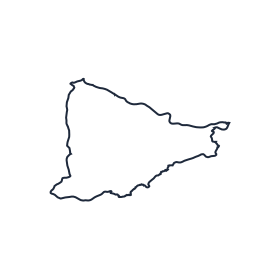 the district of Balangan, Kalimantan Selatan, Indonesia, rotated 68°
{"feature_id": "22746128B67876608948387", "entity_name": "Balangan", "entity_type": "district", "adm_level": 2, "iso_a3": "IDN", "parent_name": "Indonesia", "parent_adm1": "Kalimantan Selatan", "projection": "equal_earth", "projection_center": [115.786, -2.285], "detail": "fine", "context": "isolated", "style": "outline", "palette": "slate", "viewbox_px": 256, "rotation_deg": 68, "n_neighbors": 0, "source": "geoboundaries", "source_scale": "gbopen_adm2", "svg_char_len": 5746}
<svg xmlns="http://www.w3.org/2000/svg" viewBox="0 0 256 256"><g transform="rotate(68 128 128)"><path d="M188.9,161.6L189.6,159.5L189.7,158.3L189.8,158.1L190.0,157.6L190.1,157.4L190.0,156.6L190.1,156.2L189.8,155.8L189.7,155.6L189.8,154.9L189.9,154.6L189.7,154.4L189.6,154.2L190.0,153.6L190.1,153.0L190.3,152.9L190.3,152.6L190.3,152.1L191.0,151.4L190.9,151.1L191.1,150.5L190.4,150.1L190.0,150.2L189.6,150.1L189.3,149.8L189.0,149.9L188.4,149.5L188.2,149.3L187.8,148.2L187.8,147.8L187.4,147.2L187.1,146.6L187.1,146.0L186.8,145.5L186.7,145.3L186.9,144.9L186.8,144.4L186.6,144.1L186.2,143.7L186.2,143.4L185.7,143.2L185.7,142.3L185.2,141.4L185.1,140.9L185.0,140.6L185.0,140.4L185.0,140.2L185.1,139.9L185.1,139.4L185.2,138.9L185.1,138.5L185.4,138.1L185.3,137.6L185.3,137.3L185.3,136.7L185.7,136.6L185.8,136.4L185.9,136.1L185.9,135.9L186.0,135.4L186.3,135.2L186.7,135.2L186.9,135.1L186.7,134.9L186.8,134.8L187.5,134.0L188.3,133.6L189.2,133.3L189.7,133.1L190.3,132.3L190.5,131.5L190.4,130.8L190.0,130.1L189.4,130.0L188.0,130.3L187.4,130.0L186.9,129.6L186.1,128.5L185.5,126.7L185.0,125.2L184.4,123.1L183.3,121.1L183.0,120.4L182.8,119.4L183.0,118.5L183.3,117.7L183.1,116.9L183.0,116.7L182.9,116.2L183.0,115.4L182.9,114.9L182.6,114.8L182.2,114.9L181.6,113.7L181.2,113.6L181.4,113.1L181.3,112.7L181.1,112.3L181.1,112.0L181.5,111.0L181.4,110.3L181.2,109.8L181.3,109.8L181.4,109.7L181.1,109.2L181.1,108.7L182.0,108.5L182.0,108.4L181.6,107.9L181.7,107.1L181.6,106.9L181.5,106.7L181.4,106.8L181.0,106.8L180.7,106.6L180.3,106.4L180.1,106.4L179.3,105.5L178.9,104.8L178.5,104.7L178.1,104.8L178.0,104.7L178.1,104.1L178.2,103.4L178.7,102.3L178.9,101.5L179.3,100.9L179.4,100.6L179.1,100.3L178.7,99.8L178.6,99.6L178.4,99.4L178.3,99.1L177.8,98.7L177.6,98.1L177.6,97.4L177.6,96.4L177.8,95.6L179.1,93.6L179.6,92.2L179.7,91.4L179.7,90.1L179.5,88.0L179.6,86.3L179.8,83.5L180.1,80.6L180.2,78.8L180.1,76.9L180.1,75.1L180.2,73.6L180.1,71.7L179.9,70.2L180.1,69.1L180.5,68.0L181.5,67.3L183.2,66.7L183.8,66.4L184.8,65.2L185.2,64.1L185.3,61.4L186.1,58.7L186.3,57.8L186.2,57.1L185.9,56.2L185.2,55.9L183.8,56.2L183.3,56.1L182.7,55.7L182.1,55.0L180.6,53.1L180.1,52.6L179.4,52.4L179.3,51.8L179.5,51.4L179.3,51.1L179.1,50.8L178.9,50.8L178.6,50.4L178.3,50.5L177.7,51.1L177.1,51.4L176.0,51.5L175.6,51.6L175.3,51.9L174.2,52.0L173.9,52.0L173.7,51.7L173.6,51.9L173.6,52.2L173.6,52.4L173.7,52.6L173.1,53.2L172.7,53.8L172.3,54.5L171.4,54.8L170.0,54.3L168.7,54.1L166.9,54.4L166.3,53.9L165.8,52.9L165.5,52.0L165.0,50.8L164.5,50.3L164.0,50.0L163.7,50.2L163.3,50.3L163.0,50.8L162.7,50.9L162.5,51.2L162.3,51.3L162.2,51.3L162.0,51.0L161.7,50.4L161.4,49.2L161.4,48.8L161.3,48.6L161.1,48.4L161.0,48.2L161.0,47.8L160.8,47.5L160.4,47.2L160.2,47.4L160.2,46.8L160.4,45.9L160.8,45.0L162.7,43.3L164.5,41.5L165.4,39.7L165.6,38.7L165.6,37.8L165.5,37.0L165.1,36.4L164.7,35.8L162.7,33.8L161.7,33.1L161.7,32.7L161.2,32.2L161.0,32.6L160.8,32.8L160.6,33.5L160.8,33.9L160.9,34.2L160.8,34.4L160.9,35.0L160.1,35.0L159.8,35.1L159.7,35.4L159.4,35.5L159.1,36.0L159.1,36.3L158.9,36.9L158.4,37.5L158.1,38.0L157.4,39.9L157.2,40.8L157.1,41.6L157.2,43.9L156.9,46.1L156.8,46.7L155.7,49.2L155.6,50.2L155.6,51.6L155.8,53.0L155.9,54.1L155.9,55.3L155.8,56.7L155.6,57.9L154.8,60.2L153.7,62.6L152.8,64.4L150.9,67.2L148.4,70.5L147.4,72.2L145.9,76.1L145.2,77.1L144.7,77.6L143.5,78.6L142.9,79.2L142.4,80.1L142.0,81.1L141.3,83.4L140.7,85.0L140.4,85.6L139.8,86.3L139.0,86.8L138.4,87.0L137.4,87.1L136.5,86.8L133.0,84.4L132.2,84.1L131.6,84.0L131.0,84.2L130.6,84.4L129.9,84.9L129.4,85.3L129.0,86.2L128.8,87.9L128.6,89.6L128.4,91.6L128.2,92.6L127.9,93.4L127.5,94.2L126.8,94.9L126.1,95.4L116.9,100.3L113.9,102.5L113.1,102.9L112.1,103.8L111.2,104.9L110.4,106.2L110.1,107.0L109.9,107.6L109.1,111.2L108.2,113.7L107.7,114.6L107.2,115.4L106.0,116.9L105.2,117.5L104.9,117.8L103.6,118.9L101.8,119.7L100.7,119.7L100.0,119.9L99.4,120.3L98.8,120.8L98.4,121.4L96.9,123.7L95.4,125.2L91.9,127.6L91.7,127.7L91.8,127.8L91.7,127.8L90.1,129.0L88.7,130.0L84.7,133.1L83.3,134.6L81.8,136.6L80.4,139.1L79.4,140.4L77.9,142.2L75.9,144.0L75.3,144.4L74.9,144.5L74.6,145.3L73.9,146.3L73.2,147.5L72.5,148.0L72.2,148.7L71.3,149.7L70.2,150.5L69.4,150.9L68.3,151.1L67.4,151.2L65.9,150.7L65.7,151.0L65.7,151.5L66.3,153.0L66.3,154.4L65.8,157.6L65.9,160.5L65.5,161.9L65.0,162.4L64.9,163.2L65.1,164.3L65.4,164.5L65.5,164.7L66.7,164.0L67.1,163.8L67.9,163.2L68.8,162.6L69.4,162.7L70.3,162.6L70.9,163.1L71.4,164.1L71.8,164.4L72.5,166.3L72.7,167.3L75.1,170.5L77.9,172.1L81.2,175.0L84.9,176.9L85.2,176.9L88.2,177.5L88.7,177.7L90.2,178.7L95.2,181.5L97.9,182.2L100.3,183.2L101.1,183.4L104.0,183.3L104.1,183.2L106.1,183.4L108.2,183.5L112.3,185.0L114.3,185.9L118.4,189.3L119.9,190.2L121.6,191.1L124.7,189.8L128.1,190.5L129.4,191.0L130.6,190.6L130.6,191.2L131.0,192.7L132.1,195.1L133.6,196.4L134.9,197.0L140.1,198.3L144.5,198.6L148.6,199.4L149.8,199.4L150.6,199.3L151.1,199.6L151.3,200.5L151.3,201.8L151.0,203.9L150.3,205.6L150.0,206.8L150.0,207.5L150.8,208.3L151.9,209.0L152.8,209.8L153.2,211.3L153.6,213.5L153.6,215.2L154.3,217.9L155.0,218.4L156.4,219.9L157.0,221.2L157.2,222.2L157.7,223.0L158.4,223.8L159.4,224.0L160.3,223.3L161.2,222.1L162.5,220.9L165.9,219.2L166.9,218.2L168.1,217.0L168.3,216.3L168.9,212.2L170.0,208.2L170.5,205.9L171.1,204.4L172.5,202.6L176.7,199.2L177.3,198.6L178.5,196.7L179.1,194.4L180.2,192.3L180.5,191.4L180.7,190.2L180.7,189.4L180.6,188.4L179.8,185.0L179.6,182.8L179.6,181.1L179.6,179.2L179.6,178.3L179.3,176.8L178.7,175.4L178.3,174.3L178.4,173.2L178.8,172.3L179.4,171.3L179.7,170.4L179.8,169.1L179.8,168.4L180.1,167.4L180.5,167.2L181.1,168.4L181.8,168.4L182.2,167.8L183.6,165.8L184.7,164.8L185.3,164.1L185.4,163.1L185.8,162.6L186.3,162.5L187.0,162.0L187.6,161.8L188.1,162.4L188.6,162.2L188.9,161.6Z" fill="none" stroke="#1e293b" stroke-width="2"/></g></svg>